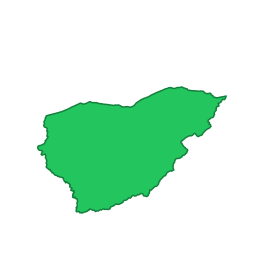 outline of Contralmirante Villar, Tumbes, Peru, rotated 48°
{"feature_id": "86281439B49517942967283", "entity_name": "Contralmirante Villar", "entity_type": "district", "adm_level": 2, "iso_a3": "PER", "parent_name": "Peru", "parent_adm1": "Tumbes", "projection": "equal_earth", "projection_center": [-80.726, -3.926], "detail": "fine", "context": "isolated", "style": "filled", "palette": "green", "viewbox_px": 256, "rotation_deg": 48, "n_neighbors": 0, "source": "geoboundaries", "source_scale": "gbopen_adm2", "svg_char_len": 5870}
<svg xmlns="http://www.w3.org/2000/svg" viewBox="0 0 256 256"><g transform="rotate(48 128 128)"><path d="M155.1,222.2L155.9,222.2L156.2,222.0L156.7,220.8L157.1,220.4L157.8,220.2L158.5,220.6L158.9,220.4L159.4,219.6L160.2,219.3L160.4,219.0L160.8,218.3L161.2,216.8L162.1,215.3L162.5,214.3L162.5,212.8L163.0,212.3L162.9,211.8L162.5,211.5L162.5,210.6L163.9,209.8L165.1,209.5L165.6,209.1L166.1,208.3L166.4,208.1L167.0,208.0L168.1,208.2L168.4,207.8L169.0,206.3L169.9,205.4L170.1,203.6L170.4,203.1L171.1,202.6L171.2,201.6L171.9,200.4L172.3,200.0L173.1,199.6L173.8,198.5L175.2,197.4L176.0,195.7L175.9,195.3L175.1,194.0L175.5,192.5L176.2,190.9L176.3,188.2L176.5,188.0L176.8,187.5L177.1,187.5L177.5,187.2L177.7,186.7L178.6,185.8L178.9,185.3L179.2,183.8L179.6,182.7L179.7,181.0L179.2,180.3L179.1,179.7L179.5,178.9L180.5,177.3L180.6,175.5L180.3,174.7L180.6,173.7L181.4,173.5L181.6,173.3L181.7,172.6L181.6,172.0L181.2,171.1L181.2,170.7L181.6,169.1L182.8,168.7L183.6,167.8L183.9,167.0L184.0,165.5L184.2,165.2L184.8,164.8L185.3,162.5L185.9,161.6L186.4,161.3L187.2,161.2L188.7,161.7L189.2,161.6L189.7,161.1L191.4,160.0L191.7,159.0L191.6,158.0L190.9,157.0L190.8,156.0L190.2,155.3L189.8,154.4L188.9,153.7L188.6,153.1L188.7,152.8L189.2,152.7L189.6,152.4L189.6,150.2L189.5,149.6L189.5,147.1L190.3,146.0L190.4,145.3L190.2,143.3L190.0,142.7L189.1,141.7L188.8,140.0L188.2,139.2L188.1,138.9L188.2,138.1L188.0,137.0L188.0,135.9L187.7,133.8L187.8,133.4L188.3,132.5L188.4,132.0L188.2,131.2L187.3,129.3L187.3,128.9L187.5,127.6L188.2,125.3L188.4,125.0L189.3,124.3L189.8,122.1L189.2,121.7L188.2,121.5L185.6,119.2L184.7,117.4L184.8,116.5L184.0,115.8L183.1,113.8L183.1,112.8L183.2,112.3L183.6,111.8L184.5,110.8L185.3,108.8L185.5,107.2L185.4,106.9L185.1,106.6L185.0,105.9L185.8,104.3L185.8,103.2L185.5,102.4L185.8,101.3L185.7,101.0L185.2,100.2L184.5,98.6L184.1,98.3L183.2,98.3L182.4,98.8L181.6,98.9L181.1,98.6L180.0,98.9L176.4,98.7L175.7,98.2L175.0,98.5L174.5,98.5L174.0,98.2L173.6,97.1L173.8,96.8L173.7,96.3L173.4,96.1L173.4,95.9L173.6,95.8L173.7,95.5L173.8,93.3L173.8,91.5L174.3,89.6L174.4,88.7L174.9,87.9L175.0,87.3L176.0,86.4L176.5,85.2L176.5,83.9L176.4,82.7L176.6,82.1L176.8,81.9L178.3,81.9L178.6,81.8L179.2,81.8L179.4,82.0L180.3,82.0L181.1,81.7L181.5,81.3L181.7,79.9L182.7,77.8L182.1,76.0L181.9,75.1L181.7,72.5L181.8,70.0L181.9,69.2L182.5,68.0L182.4,66.2L182.4,65.5L182.3,65.2L181.4,65.2L180.6,64.4L179.2,65.1L178.9,64.3L178.5,64.0L177.5,63.9L176.9,64.4L175.8,63.1L175.8,62.8L176.0,62.2L176.1,60.7L175.9,59.7L176.7,58.4L177.0,57.0L176.8,56.6L176.2,56.0L176.0,55.1L175.8,54.6L174.9,54.2L174.4,53.6L174.2,53.2L173.9,51.5L173.9,50.7L173.7,50.5L173.4,50.5L173.2,50.3L172.9,49.7L172.4,49.4L172.3,48.8L171.9,48.6L171.7,48.2L171.7,47.6L171.9,46.9L172.5,46.2L172.5,45.9L172.1,45.4L171.1,44.9L170.2,44.7L170.2,44.0L170.6,43.5L170.9,41.8L170.7,40.6L170.0,39.3L170.0,38.8L170.2,38.3L171.1,37.7L171.4,37.1L171.3,36.2L171.0,35.5L170.0,33.8L169.5,34.3L168.3,36.6L167.3,38.0L165.6,41.0L164.5,42.2L163.8,42.5L162.6,43.5L162.0,43.7L160.5,43.3L159.4,44.0L158.7,43.8L157.8,43.4L157.5,43.4L156.7,44.3L155.7,45.9L154.8,46.7L153.1,47.5L152.3,47.6L151.7,47.3L150.9,47.6L149.0,49.4L147.6,51.4L146.7,51.9L143.8,54.8L142.3,56.2L141.4,56.8L140.5,57.8L139.3,58.2L138.4,57.9L137.8,58.4L136.1,59.3L135.4,60.0L134.6,60.0L134.0,60.2L133.5,60.7L132.0,63.1L130.7,64.6L130.3,65.9L129.6,67.2L127.6,68.8L127.2,68.7L126.9,69.0L125.8,70.0L125.4,70.8L124.9,72.3L124.0,73.9L123.3,76.1L123.0,77.4L122.5,78.4L121.0,82.6L119.1,88.6L118.5,92.0L117.8,93.6L117.5,94.6L116.5,96.7L116.4,97.6L115.8,99.0L115.0,104.7L115.0,105.8L115.4,107.9L115.3,109.2L114.6,111.6L113.4,113.0L112.0,113.9L111.4,114.5L109.2,117.6L108.0,118.3L106.4,118.8L104.7,119.5L104.1,120.2L103.4,121.3L102.6,121.8L101.4,123.9L100.3,124.6L99.2,125.7L96.6,127.7L96.0,128.4L95.4,128.8L94.2,130.1L93.1,130.8L90.2,133.3L89.1,134.1L88.4,134.1L85.6,137.2L84.4,138.1L83.4,138.3L83.0,138.7L82.6,139.6L82.1,141.7L80.9,144.5L79.9,145.6L78.8,145.9L78.0,146.5L77.5,147.1L76.9,149.5L76.6,150.2L75.6,153.6L74.9,155.5L73.8,159.8L71.8,165.6L69.8,169.9L65.3,178.5L64.3,180.6L64.8,181.3L65.1,182.6L65.6,183.0L66.7,184.7L66.9,185.9L67.3,186.4L68.7,187.0L69.7,188.9L70.3,189.2L71.3,189.4L73.1,188.5L74.3,188.4L75.2,189.3L76.0,190.5L77.3,190.3L77.5,190.6L77.8,191.4L78.8,192.1L79.6,193.6L80.0,193.7L80.8,193.4L81.3,193.5L81.5,194.8L82.2,196.9L82.1,198.1L82.8,198.5L83.6,200.4L83.5,201.5L83.1,202.5L82.9,203.5L82.5,204.7L82.1,205.1L81.4,206.5L81.4,207.1L82.3,208.4L83.0,208.5L83.9,208.9L84.5,208.9L85.3,208.7L86.8,207.5L87.9,207.0L88.2,207.2L89.1,209.6L89.5,210.1L89.9,210.3L90.4,210.2L90.9,209.7L91.7,207.2L92.0,207.1L92.8,207.4L93.7,207.8L94.7,209.2L96.8,209.7L98.4,210.6L99.2,212.2L100.3,212.5L101.2,212.9L102.0,214.6L102.7,215.0L105.0,214.6L105.8,214.7L106.8,213.7L107.4,214.2L107.9,214.3L108.3,214.3L108.9,213.8L109.7,214.0L110.5,214.4L111.4,213.6L112.2,213.6L113.2,213.9L113.7,213.8L114.7,213.5L115.7,212.6L116.9,212.6L118.1,211.7L119.1,211.3L119.8,210.6L121.9,209.5L122.9,210.3L123.4,210.4L125.1,210.9L125.6,210.8L126.1,210.4L126.8,211.0L127.1,210.9L127.0,209.7L127.5,209.4L128.3,209.6L128.9,209.3L129.3,209.3L129.9,208.9L130.8,209.0L131.2,209.5L131.4,209.5L131.7,209.1L132.2,209.5L132.5,210.4L132.8,210.6L133.9,210.7L134.4,210.1L135.2,209.9L135.7,210.7L135.7,211.2L136.0,211.4L135.9,212.0L136.1,212.2L136.5,212.1L136.7,211.4L137.7,211.2L137.9,211.0L138.3,211.1L138.2,210.2L138.4,210.1L138.9,210.4L139.0,210.9L139.4,211.3L139.8,211.1L140.0,211.3L140.2,211.7L140.0,212.2L140.1,213.0L141.3,214.3L141.5,214.0L142.2,215.4L142.5,215.4L142.9,215.2L143.4,215.2L143.5,214.8L144.0,214.6L144.0,213.9L144.3,214.1L144.8,213.7L145.3,214.0L145.7,214.0L146.3,213.8L147.0,213.3L147.6,213.9L148.2,214.1L149.0,214.9L149.1,215.5L149.6,216.2L150.8,216.8L151.8,217.7L152.4,219.0L152.4,219.5L152.9,219.4L153.2,219.7L153.5,220.6L154.2,221.1L155.1,222.2Z" fill="#22c55e" stroke="#15803d" stroke-width="1.5"/></g></svg>